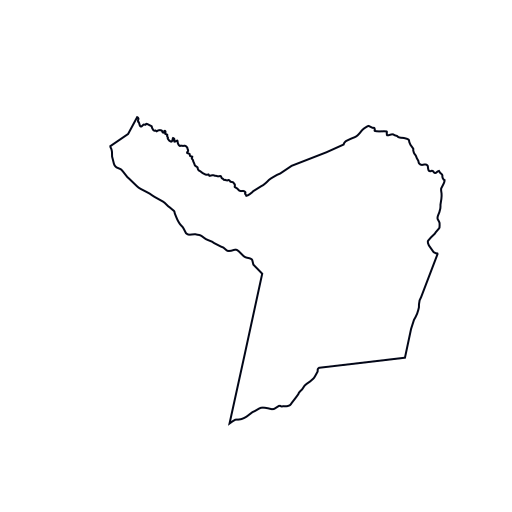 Valle de Angeles, Francisco Morazán, Honduras, rotated 202°
{"feature_id": "27666195B29826450958821", "entity_name": "Valle de Angeles", "entity_type": "district", "adm_level": 2, "iso_a3": "HND", "parent_name": "Honduras", "parent_adm1": "Francisco Morazán", "projection": "robinson", "projection_center": [-86.986, 14.163], "detail": "fine", "context": "isolated", "style": "outline", "palette": "ink", "viewbox_px": 512, "rotation_deg": 202, "n_neighbors": 0, "source": "geoboundaries", "source_scale": "gbopen_adm2", "svg_char_len": 6110}
<svg xmlns="http://www.w3.org/2000/svg" viewBox="0 0 512 512"><g transform="rotate(202 256 256)"><path d="M432.2,303.3L431.7,302.4L430.1,300.9L429.3,299.8L428.5,298.5L426.7,294.3L425.0,292.0L422.3,288.3L421.1,287.1L419.9,286.4L418.5,285.9L414.2,285.8L413.2,285.6L411.0,284.5L404.9,281.0L402.4,280.1L392.5,276.1L390.4,275.4L388.0,275.0L381.6,274.4L377.9,274.0L374.9,273.3L372.2,272.8L362.6,271.6L360.6,271.1L356.0,269.2L354.3,268.8L348.8,267.0L348.3,266.6L347.2,265.0L344.9,262.6L342.7,260.4L341.3,259.2L339.9,258.1L338.6,257.2L337.1,256.4L334.9,255.4L333.5,254.4L329.9,251.3L329.4,250.9L328.6,250.7L327.6,250.5L326.4,250.6L324.9,251.2L322.8,252.3L320.6,253.4L318.2,253.8L316.6,254.2L315.2,254.3L313.7,254.1L311.0,253.4L308.9,252.9L306.7,252.8L302.0,252.8L299.8,252.3L292.1,251.6L289.4,251.6L285.5,250.3L284.4,250.1L283.0,250.5L281.1,251.5L280.4,252.0L278.8,253.3L277.4,254.2L276.5,254.4L275.6,254.4L273.7,253.9L267.8,251.4L266.4,251.0L265.2,250.9L263.9,251.0L261.6,251.4L260.2,251.5L259.4,251.4L258.7,251.3L258.2,251.0L257.8,250.6L255.2,247.0L243.6,241.9L229.6,160.5L217.8,90.8L215.9,93.8L214.0,96.3L213.1,96.9L211.1,97.7L208.9,99.0L207.7,100.0L206.2,101.5L204.6,103.5L200.8,109.9L199.0,111.8L195.9,115.8L194.7,117.0L193.3,117.8L191.0,118.6L187.8,119.3L184.4,119.8L182.9,120.4L182.2,120.8L181.6,121.4L178.6,125.6L177.4,126.1L176.3,126.0L175.8,126.1L174.3,127.0L172.1,127.8L170.9,128.4L170.0,129.1L169.2,129.8L168.6,130.5L168.2,131.5L167.8,133.3L166.1,139.4L165.4,142.1L165.0,143.8L165.0,145.1L164.8,145.9L164.1,147.8L163.4,149.3L163.2,150.0L162.4,153.9L161.9,155.0L161.1,156.5L158.8,160.0L156.9,163.8L156.5,165.0L156.2,166.8L155.6,171.8L155.7,172.4L156.2,173.6L156.3,174.4L156.1,175.1L155.6,176.0L79.8,217.5L84.9,246.5L85.6,256.0L85.2,259.1L85.0,262.9L85.3,266.6L85.7,269.4L86.8,272.3L87.7,276.2L87.5,279.7L88.4,325.7L88.6,326.1L88.8,326.3L89.3,326.2L90.1,325.9L91.4,326.0L92.7,326.1L93.7,326.7L99.7,330.6L101.4,332.4L102.1,333.8L102.2,334.2L102.0,335.1L100.7,338.9L98.6,343.6L98.2,345.5L96.7,349.9L96.5,351.0L97.2,353.1L98.2,355.4L99.1,356.4L101.3,358.2L101.8,358.9L102.1,359.7L102.3,360.6L102.4,361.7L102.4,365.3L102.9,369.1L103.5,371.0L104.2,372.7L105.5,378.3L106.4,381.2L107.4,383.5L108.8,385.9L109.5,387.5L109.6,388.2L109.5,389.1L109.2,392.4L109.1,394.3L109.2,395.6L109.6,397.0L110.3,397.1L110.6,397.1L112.1,398.2L112.9,399.3L113.3,400.4L113.9,401.1L114.9,401.6L116.4,402.1L117.3,402.7L118.2,403.4L119.3,402.4L120.2,400.7L120.6,400.3L121.0,400.1L121.5,400.0L122.1,400.1L122.6,400.3L123.4,400.9L124.3,401.0L125.1,400.8L125.7,400.1L126.1,399.9L127.1,399.7L127.6,399.8L128.2,400.2L129.3,401.7L130.1,403.2L130.4,403.7L130.9,404.1L131.7,404.4L132.4,404.5L133.6,404.2L134.4,403.8L135.7,402.9L136.7,402.5L137.9,402.4L139.1,402.8L139.7,403.1L140.1,403.5L141.2,405.1L143.4,406.8L145.3,408.8L146.0,409.3L147.5,410.2L148.3,410.9L149.7,412.7L150.0,413.3L150.2,414.1L150.4,414.4L154.5,417.0L156.5,419.0L157.5,420.6L157.9,420.9L158.4,421.1L160.0,421.2L162.5,420.9L163.9,420.6L166.0,419.9L167.7,419.6L168.8,419.6L169.8,420.0L170.3,420.1L172.6,419.9L174.1,420.1L174.6,420.1L175.1,419.9L176.2,419.3L178.4,417.6L179.6,417.1L180.0,417.3L180.3,417.9L180.8,418.9L181.1,420.0L181.3,420.3L181.6,420.4L183.8,419.7L188.6,417.6L191.1,416.8L192.5,416.5L192.8,416.5L193.0,416.7L193.1,416.9L193.1,417.5L193.3,417.8L193.9,418.7L194.3,419.0L194.8,419.0L195.6,418.6L196.1,418.5L200.1,418.8L200.5,418.7L201.4,417.8L202.5,416.3L203.5,414.9L204.5,413.0L205.1,411.4L205.7,409.3L206.2,407.9L207.0,405.9L207.9,404.4L209.0,403.1L210.8,401.4L212.3,399.9L214.7,397.3L215.8,396.0L216.3,394.7L216.5,394.1L216.6,393.1L216.5,392.2L229.6,378.5L256.7,353.0L264.5,341.5L266.8,339.2L269.7,335.5L271.2,333.5L272.5,331.4L273.4,329.2L274.4,327.1L275.9,324.4L277.3,322.7L282.9,315.0L283.4,313.7L284.9,311.1L286.2,309.3L287.5,308.2L288.3,308.9L289.4,309.6L289.6,310.1L289.5,310.6L289.6,310.9L289.8,311.2L290.3,311.4L291.1,311.6L292.3,311.5L294.4,310.5L295.3,310.4L296.1,310.4L296.9,310.7L298.6,311.5L301.5,312.0L301.8,312.5L302.0,313.5L302.4,314.3L302.7,314.6L303.3,314.8L304.3,315.5L304.8,315.7L305.4,315.7L307.5,315.3L308.3,315.8L309.3,316.2L310.1,316.1L310.7,315.4L311.4,315.2L312.2,315.0L312.9,315.1L313.7,314.7L314.3,314.6L315.7,315.2L316.8,315.3L317.1,315.5L318.3,316.7L318.6,316.8L318.9,316.8L319.3,316.7L320.1,316.1L321.1,315.6L323.0,315.4L324.1,315.0L325.2,315.0L326.2,314.8L327.1,314.3L328.8,313.1L329.2,312.9L330.6,313.8L331.6,313.1L332.7,312.7L333.4,312.6L336.6,312.9L339.4,313.7L340.7,313.8L341.5,314.1L342.3,314.7L342.9,315.4L343.2,316.0L343.5,316.3L344.3,316.5L345.7,316.8L346.4,317.0L346.7,317.2L348.0,318.7L349.7,320.3L350.1,321.0L350.4,321.3L352.0,322.3L352.3,323.4L352.2,324.0L352.3,324.2L354.4,324.0L354.8,324.3L355.8,325.7L356.8,325.8L358.0,325.7L358.5,325.8L358.6,326.0L358.7,326.3L358.4,327.6L358.3,328.0L358.5,328.4L358.8,328.9L359.6,329.7L360.3,330.7L361.0,331.1L361.9,331.5L362.8,331.6L363.6,331.5L364.3,331.0L365.0,330.7L367.0,330.2L367.6,329.6L368.0,329.5L369.1,329.9L370.2,330.8L370.7,331.3L372.0,333.4L372.2,333.5L372.5,333.3L374.1,331.6L374.5,331.5L374.9,331.9L375.4,333.6L375.6,333.9L376.1,334.2L376.8,334.3L377.1,334.3L377.2,334.0L376.9,332.5L376.9,331.3L377.1,330.6L377.4,330.3L377.7,330.2L379.4,330.4L379.9,330.6L381.8,331.8L382.0,332.3L382.0,332.7L382.1,332.9L383.0,333.5L383.3,333.8L383.5,334.3L383.5,334.9L383.8,335.2L384.5,335.3L385.5,335.2L385.9,335.3L386.0,335.6L386.2,336.5L386.5,337.4L386.9,337.8L387.3,337.9L387.6,337.8L387.8,337.6L387.5,336.8L387.5,336.1L387.7,335.8L388.0,335.7L388.5,335.6L389.0,335.8L389.5,336.2L389.9,336.7L390.2,336.9L390.8,337.0L391.4,336.9L392.3,336.7L393.3,336.1L394.0,335.5L394.8,334.4L396.2,334.7L396.7,334.2L397.6,334.1L398.4,334.3L399.6,335.2L400.5,336.0L401.1,336.9L401.4,337.2L402.4,337.3L405.8,337.6L406.4,337.6L406.8,337.5L407.1,337.5L407.4,337.2L407.5,336.5L407.6,336.3L407.8,336.2L408.7,336.0L409.5,335.7L410.6,333.4L411.0,333.0L411.4,332.9L412.1,333.1L412.8,333.7L414.2,335.5L414.7,336.0L414.9,336.2L415.4,336.2L415.7,336.5L416.1,337.2L416.3,338.8L416.5,339.4L417.2,340.0L417.9,340.2L418.2,340.2L420.3,321.2L432.2,303.3Z" fill="none" stroke="#020617" stroke-width="2"/></g></svg>